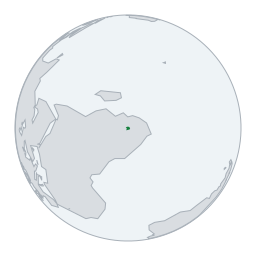 the Earth from above Kgatleng, rotated 251°
{"feature_id": "BWA-2646", "entity_name": "Kgatleng", "entity_type": "District", "adm_level": 1, "iso_a3": "BWA", "parent_name": "Botswana", "parent_adm1": "", "projection": "orthographic", "projection_center": [26.553, -24.114], "detail": "fine", "context": "on_globe", "style": "filled", "palette": "green", "viewbox_px": 256, "rotation_deg": 251, "n_neighbors": 0, "source": "natural_earth", "source_scale": "10m", "svg_char_len": 4585}
<svg xmlns="http://www.w3.org/2000/svg" viewBox="0 0 256 256"><g transform="rotate(251 128 128)"><circle cx="128" cy="128" r="113" fill="#eef3f6" stroke="#a8b0b8"/><path d="M16.7,110.8L16.6,112.3L18.2,110.8L18.5,114.2L18.1,117.4L19.1,116.6L19.2,118.4L24.8,114.8L29.2,116.1L30.1,122.5L28.4,132.4L31.5,150.1L29.7,159.9L32.3,167.2L36.4,179.7L34.9,182.0L38.5,185.5L40.4,189.7L40.3,191.8L43.0,195.1L43.1,196.5L45.0,197.5L49.3,203.6L52.9,205.9L57.1,210.5L59.4,211.7L59.5,212.3L60.6,213.6L62.1,214.6L60.4,214.9L55.3,211.6L52.4,208.9L52.4,209.4L45.9,202.8L47.4,204.7L39.6,196.6L33.8,188.5L22.7,167.8L21.5,164.8L18.9,156.1L17.0,147.1L15.8,138.1L15.4,129.0L15.7,119.8L16.7,110.8ZM64.6,215.0L61.3,215.3L62.5,214.9L59.9,212.2L62.9,212.7L64.6,215.0ZM58.5,207.7L57.5,205.5L58.3,205.7L59.1,207.2L58.5,207.7ZM125.6,15.4L120.2,15.8L119.1,16.0L120.4,16.1L116.4,17.4L112.9,18.0L112.0,17.0L107.1,17.8L108.5,17.1L113.6,16.3L125.6,15.4ZM134.5,15.5L137.0,15.8L136.7,15.7L138.9,15.9L139.3,15.9L147.3,17.0L155.2,18.7L163.0,20.9L170.6,23.7L177.9,27.0L185.1,30.9L191.9,35.2L198.3,40.0L204.5,45.3L210.2,51.0L215.5,57.1L220.4,63.5L224.7,70.3L228.6,77.4L232.0,84.7L232.2,85.2L236.7,98.5L237.4,101.4L237.2,103.6L236.7,101.3L233.1,91.5L234.1,98.0L237.0,107.3L238.0,115.9L236.6,111.0L235.3,103.5L234.0,99.8L233.1,93.8L229.6,83.4L228.1,82.8L227.0,79.3L222.0,70.2L219.1,69.2L215.4,73.7L216.8,82.5L214.7,85.1L207.2,69.5L203.6,60.8L201.0,60.4L193.1,51.9L180.0,47.8L178.0,45.6L175.6,45.8L170.0,43.1L166.9,39.9L163.6,39.5L171.9,48.1L175.4,48.7L178.2,46.5L179.8,49.6L185.1,53.4L179.7,59.0L160.0,62.6L157.9,56.0L142.0,39.4L142.3,37.9L142.3,37.7L142.1,37.4L140.8,39.9L138.0,37.1L146.7,47.5L148.2,52.4L159.7,62.9L158.7,63.8L162.3,66.3L173.8,65.6L173.9,67.9L168.6,77.6L152.6,91.6L154.6,103.3L153.3,113.5L143.2,119.9L143.9,128.5L138.6,131.4L138.2,136.4L133.9,141.9L126.7,147.2L114.7,148.0L114.1,143.2L108.3,134.7L100.2,114.9L103.4,105.6L102.3,99.0L93.7,86.2L95.6,78.5L93.2,75.8L88.4,77.4L85.6,74.4L82.7,75.0L64.3,82.4L58.7,79.8L52.1,69.9L55.4,63.9L56.0,58.7L78.9,36.4L83.7,35.8L101.8,30.7L104.0,30.8L101.9,34.1L115.4,36.8L119.7,33.7L132.0,35.8L140.1,36.0L143.1,30.2L129.7,29.7L127.4,27.1L138.1,25.2L149.8,26.6L149.3,25.6L141.9,23.1L144.6,22.0L139.4,22.2L141.5,23.2L138.3,23.5L136.1,22.7L137.2,22.2L133.7,21.8L129.6,24.6L131.3,25.8L122.1,26.5L124.1,28.8L121.6,30.0L117.3,26.7L117.7,25.5L109.8,23.1L108.5,24.4L115.9,26.9L113.6,26.8L111.9,29.1L111.3,27.3L103.6,24.8L95.3,26.9L84.6,34.2L79.8,36.0L75.7,36.3L79.7,30.6L90.1,27.3L91.6,25.7L89.5,24.8L92.9,24.0L93.3,23.4L97.2,22.4L102.8,20.1L106.8,19.4L109.1,17.9L111.5,17.4L109.4,18.3L110.2,18.8L120.1,17.8L122.1,17.4L122.7,16.7L125.4,16.7L124.8,16.2L130.5,16.0L123.0,15.9L123.6,15.6L127.0,15.4L126.1,15.4L134.5,15.5ZM71.1,45.5L70.5,47.0L71.1,45.5ZM162.4,31.6L169.2,33.3L165.8,29.5L168.2,30.0L166.1,28.7L165.5,29.3L160.5,26.1L163.4,26.0L162.4,24.8L160.0,24.2L155.6,25.0L162.7,29.4L161.3,30.4L162.4,31.6ZM91.9,21.9L93.2,21.7L91.6,22.5L86.6,24.3L88.7,23.1L91.9,21.9ZM95.4,21.3L95.9,20.3L99.1,19.4L97.2,20.0L99.3,19.5L96.8,20.4L99.3,20.9L98.1,21.7L89.4,24.1L92.9,22.8L91.4,22.9L95.4,21.3ZM106.6,29.4L108.3,29.3L111.1,28.9L110.0,30.5L106.6,29.4ZM101.2,27.6L102.7,27.2L102.6,28.9L100.8,29.2L101.2,27.6ZM103.7,25.7L102.8,27.1L102.2,26.5L103.7,25.7ZM110.9,18.1L112.6,17.8L112.8,17.9L111.8,18.3L110.9,18.1ZM140.8,31.0L138.4,32.0L137.2,31.4L138.2,31.2L140.8,31.0ZM123.4,30.7L127.4,31.3L123.1,31.1L123.4,30.7ZM178.2,182.7L178.3,184.9L176.9,184.5L178.2,182.7ZM172.1,114.4L163.8,132.3L158.7,131.6L158.0,125.8L161.2,114.7L167.3,112.4L170.4,107.9L172.1,114.4ZM239.0,147.0L238.6,149.1L238.6,149.6L239.0,147.0ZM239.4,143.5L239.2,145.6L239.2,144.3L239.4,143.5ZM239.1,146.8L239.1,146.4L239.1,146.7L239.1,146.8ZM239.4,142.3L238.4,135.3L237.7,131.4L238.2,130.2L239.4,135.0L239.4,142.3ZM238.1,130.0L236.6,121.0L232.5,101.6L234.0,103.6L237.9,117.7L237.7,118.8L238.6,125.2L238.1,130.0ZM240.6,130.2L240.6,130.7L240.4,134.9L240.1,130.6L239.8,128.2L239.6,121.2L239.8,118.9L240.1,120.4L240.2,118.0L240.6,130.2ZM217.3,83.5L219.8,90.2L218.4,90.3L217.3,83.5ZM219.6,193.6L220.9,191.7L220.2,188.0L221.1,184.8L223.3,182.3L229.0,170.9L228.9,171.9L232.0,165.2L233.8,165.9L235.3,162.4L232.3,170.6L228.6,178.6L224.4,186.2L219.6,193.6Z" fill="#d9dde1" stroke="#a8b0b8" stroke-width="1"/><path d="M128.7,127.3L128.7,127.5L128.6,128.0L128.5,128.3L128.4,128.3L128.2,128.4L128.1,128.6L127.9,128.7L127.9,128.9L127.7,129.0L127.3,129.1L127.2,129.0L127.1,128.9L126.9,128.8L126.9,128.7L126.9,128.4L126.9,128.1L127.0,126.9L128.3,127.7L128.5,127.5L128.5,127.4L128.7,127.3Z" fill="#22c55e" stroke="#15803d" stroke-width="1.5"/></g></svg>